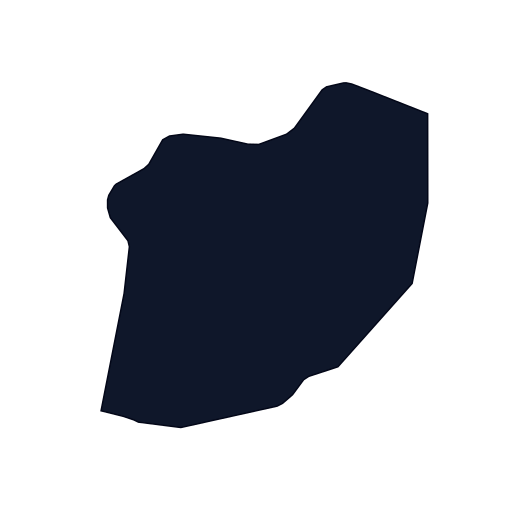 Newham, Equal Earth projection, rotated 285°
{"feature_id": "GBR-2770", "entity_name": "Newham", "entity_type": "London Borough", "adm_level": 1, "iso_a3": "GBR", "parent_name": "United Kingdom", "parent_adm1": "", "projection": "equal_earth", "projection_center": [0.049, 51.527], "detail": "fine", "context": "isolated", "style": "filled", "palette": "ink", "viewbox_px": 512, "rotation_deg": 285, "n_neighbors": 0, "source": "natural_earth", "source_scale": "10m", "svg_char_len": 644}
<svg xmlns="http://www.w3.org/2000/svg" viewBox="0 0 512 512"><g transform="rotate(285 256 256)"><path d="M170.2,363.8L153.4,338.1L148.8,334.0L131.5,327.2L120.6,319.8L116.5,315.3L70.9,227.8L65.1,185.4L66.1,180.3L66.8,168.9L66.4,146.4L185.6,138.3L232.2,131.3L237.6,128.4L255.3,105.4L264.0,100.2L271.8,98.1L276.6,98.1L287.2,101.1L289.3,102.4L311.4,125.2L316.8,128.7L344.1,135.8L349.5,141.4L354.8,154.1L360.7,191.5L361.9,219.2L364.5,229.8L381.5,253.9L389.4,260.0L433.6,276.9L437.7,280.4L445.8,295.7L446.6,298.4L446.9,304.0L445.3,319.6L437.8,385.0L351.6,408.2L269.9,413.9L170.2,363.8Z" fill="#0f172a" stroke="#020617" stroke-width="1.5"/></g></svg>